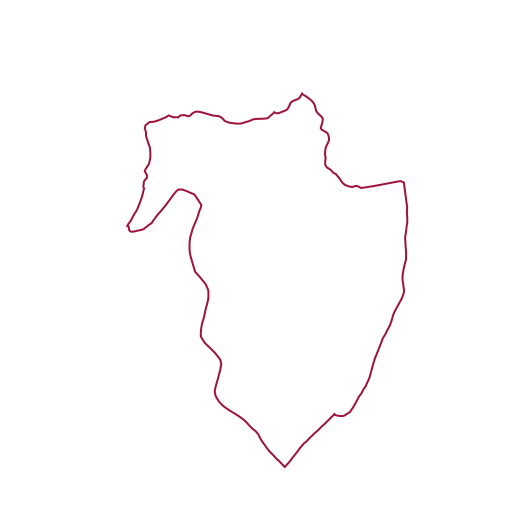 outline of Park Ou, Louangphrabang, Laos, rotated 123°
{"feature_id": "54806243B64130062108645", "entity_name": "Park Ou", "entity_type": "district", "adm_level": 2, "iso_a3": "LAO", "parent_name": "Laos", "parent_adm1": "Louangphrabang", "projection": "mercator", "projection_center": [102.32, 20.145], "detail": "fine", "context": "isolated", "style": "outline", "palette": "rose", "viewbox_px": 512, "rotation_deg": 123, "n_neighbors": 0, "source": "geoboundaries", "source_scale": "gbopen_adm2", "svg_char_len": 3979}
<svg xmlns="http://www.w3.org/2000/svg" viewBox="0 0 512 512"><g transform="rotate(123 256 256)"><path d="M176.8,392.8L179.4,396.0L182.0,396.7L184.7,400.9L185.6,405.7L189.1,407.4L195.2,411.6L199.1,414.8L201.6,418.2L206.5,419.9L209.5,418.8L211.9,415.9L215.1,413.7L219.7,408.2L222.9,404.0L227.1,400.7L231.0,398.2L236.8,396.0L239.4,395.9L243.2,395.9L245.4,395.6L247.5,391.7L249.6,390.1L252.4,390.5L254.6,390.5L259.4,388.2L259.9,387.3L260.0,387.1L260.2,386.7L262.7,385.9L265.5,384.8L270.5,383.4L275.3,382.3L280.2,381.3L282.7,380.9L286.6,380.9L291.3,380.6L294.9,380.2L298.5,380.5L301.0,380.3L300.6,379.0L301.3,378.3L301.4,378.2L302.8,377.0L303.5,376.1L303.6,375.7L303.7,375.3L303.8,375.0L303.7,374.6L303.3,373.3L301.9,371.6L299.6,369.5L297.9,367.7L296.0,365.9L294.5,364.8L292.7,364.4L291.2,363.7L288.9,363.0L286.3,362.0L285.7,361.5L280.8,361.4L275.1,361.0L269.0,360.1L262.7,359.4L256.5,359.0L249.7,358.6L244.8,358.1L242.4,357.1L240.4,354.0L239.4,349.8L238.0,341.4L238.9,338.9L242.9,329.7L245.7,328.6L249.7,327.9L256.1,326.0L262.0,325.0L267.8,323.9L276.6,321.2L281.0,319.0L286.1,315.7L289.2,313.4L292.1,310.5L296.3,305.6L302.4,298.5L304.4,291.0L307.0,283.1L309.9,278.4L311.5,276.7L315.2,274.3L318.2,272.5L323.1,270.8L327.1,269.6L336.3,266.1L342.2,264.4L346.8,262.4L351.0,260.2L353.6,258.3L355.2,255.2L356.9,251.1L357.8,246.2L358.7,241.7L359.6,237.6L362.3,229.9L363.6,228.2L365.7,226.2L371.3,223.8L375.4,222.6L379.0,221.3L383.1,220.1L386.6,219.0L391.3,217.3L393.5,215.7L395.6,213.2L396.9,210.7L398.4,207.4L399.2,203.7L399.5,202.7L399.7,200.9L399.9,197.3L399.9,194.6L399.7,183.6L399.9,178.8L400.3,175.2L401.5,170.4L402.7,165.6L403.2,160.6L404.2,157.1L405.2,155.4L407.1,152.2L408.3,149.6L410.0,145.0L411.0,142.9L412.7,137.6L413.6,133.2L414.4,130.2L415.1,127.5L415.4,125.0L417.3,117.0L410.2,115.8L405.2,115.5L395.6,114.6L393.4,114.6L391.3,114.3L388.6,113.9L387.6,113.8L386.5,113.6L385.2,113.0L383.3,112.6L381.7,112.3L379.9,112.0L377.1,111.3L372.9,110.4L370.3,109.6L365.7,108.5L363.8,108.2L359.6,107.0L355.8,106.2L352.4,105.4L350.8,105.2L347.6,104.4L345.8,104.0L346.3,103.1L345.5,100.8L345.1,99.8L344.3,98.2L343.7,97.1L342.8,95.9L341.7,95.0L337.8,93.2L335.8,92.3L330.9,92.1L325.2,92.4L317.8,93.1L313.8,92.8L308.4,93.3L304.9,93.0L304.1,93.4L303.2,93.5L300.3,93.9L296.5,94.5L291.8,96.0L282.1,99.1L277.5,100.4L266.4,102.6L261.9,103.5L256.4,104.8L251.4,104.9L247.4,105.4L241.2,105.9L237.5,106.8L229.3,109.2L224.6,109.7L221.7,109.9L212.3,110.6L207.3,111.7L204.4,112.9L201.3,115.7L199.1,117.4L197.3,119.2L195.8,120.4L192.6,122.4L188.0,124.5L182.4,126.6L177.4,128.2L174.6,129.9L170.6,132.5L167.5,135.0L162.7,138.5L159.0,141.2L154.8,143.0L148.5,146.1L145.0,147.6L141.0,150.4L136.8,153.5L133.0,155.6L113.9,172.0L114.0,173.5L114.5,175.5L115.4,176.7L133.1,195.2L139.6,202.5L141.6,204.8L141.9,205.8L142.0,208.4L142.6,210.3L144.0,211.4L145.8,212.9L147.0,215.9L147.9,220.0L147.7,222.7L145.0,229.6L143.8,233.8L144.1,235.9L143.6,238.5L143.1,240.1L143.1,244.6L142.5,246.5L141.4,247.9L138.5,249.8L136.1,250.8L133.2,253.5L130.1,255.3L127.6,256.4L126.0,256.8L121.6,257.3L118.8,258.0L116.4,259.8L114.7,261.9L114.0,263.7L114.2,270.0L113.6,271.3L112.4,271.8L108.1,273.0L105.2,274.3L104.0,275.4L103.4,277.3L102.7,281.8L101.5,284.7L97.7,288.7L96.3,291.2L95.3,294.5L94.9,300.2L95.0,305.0L94.7,305.8L96.7,305.7L98.4,305.6L100.6,305.9L101.9,306.5L104.7,308.7L106.3,309.6L108.1,310.3L109.2,310.4L111.3,310.0L114.6,309.6L116.5,309.8L118.0,310.6L121.4,313.0L123.9,314.9L124.9,316.1L125.2,317.5L125.5,319.1L127.0,319.2L128.7,319.7L130.8,320.4L133.6,321.1L134.7,321.9L136.7,324.4L138.6,327.1L141.1,330.8L143.3,333.1L146.4,335.0L150.6,338.7L152.9,340.5L155.7,344.6L156.7,346.7L158.0,349.3L159.1,352.2L159.8,355.6L158.9,359.0L158.7,361.5L159.1,363.8L160.0,365.4L161.1,367.4L162.5,371.2L163.8,375.8L164.4,377.3L164.9,379.2L165.8,381.6L166.4,383.0L167.4,384.7L168.8,385.9L170.2,386.7L171.6,387.2L173.5,387.5L174.5,387.9L175.2,388.5L175.6,388.9L175.9,389.3L176.8,392.8Z" fill="none" stroke="#9f1239" stroke-width="2"/></g></svg>